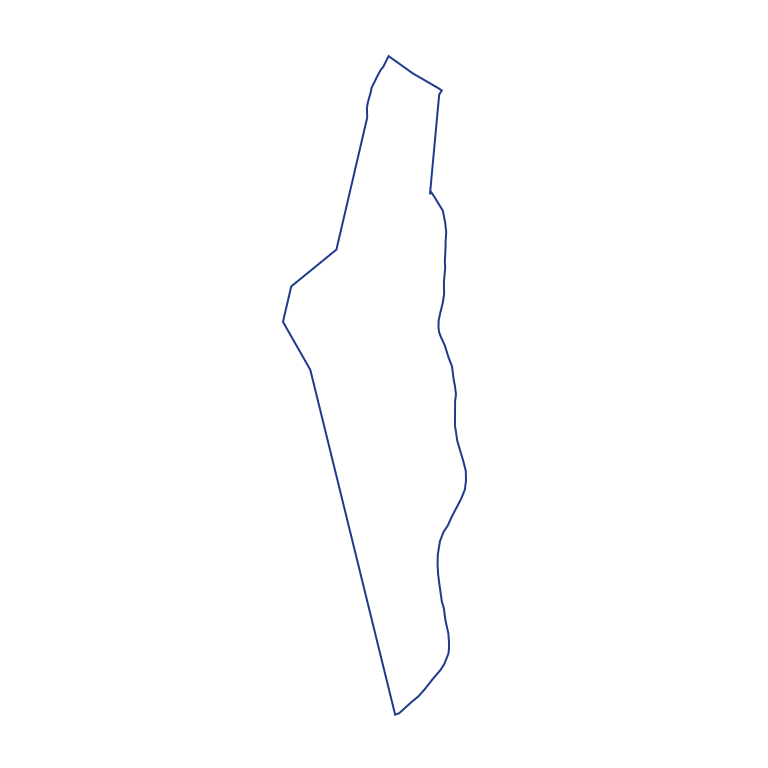 the district of New Village, Castries, Saint Lucia, rotated 100°
{"feature_id": "8701671B14881348545468", "entity_name": "New Village", "entity_type": "district", "adm_level": 2, "iso_a3": "LCA", "parent_name": "Saint Lucia", "parent_adm1": "Castries", "projection": "albers", "projection_center": [-60.985, 14.011], "detail": "fine", "context": "isolated", "style": "outline", "palette": "blue", "viewbox_px": 768, "rotation_deg": 100, "n_neighbors": 0, "source": "geoboundaries", "source_scale": "gbopen_adm2", "svg_char_len": 1175}
<svg xmlns="http://www.w3.org/2000/svg" viewBox="0 0 768 768"><g transform="rotate(100 384 384)"><path d="M707.7,315.6L705.6,311.9L692.2,301.5L685.3,295.6L677.7,291.0L666.3,284.9L655.6,278.6L649.3,276.0L638.1,273.7L632.8,274.1L626.3,275.3L618.5,277.3L606.5,282.3L594.6,286.1L588.1,289.3L570.3,295.1L561.8,297.7L552.5,299.9L542.7,301.4L529.2,301.6L519.5,299.7L512.0,296.5L503.6,294.4L493.4,291.2L483.7,288.1L473.9,286.0L464.8,286.5L455.6,288.3L446.4,292.4L439.4,295.9L427.2,302.0L418.4,304.9L412.8,306.9L399.1,309.2L388.7,311.0L381.8,311.3L373.6,313.8L367.7,316.1L354.8,320.1L346.2,325.3L335.3,330.9L327.9,336.1L323.3,338.8L318.7,340.2L312.0,341.2L305.0,341.0L294.2,340.2L285.2,340.4L278.7,341.6L272.7,342.8L266.7,343.2L258.5,344.0L252.5,345.4L245.2,346.3L236.8,347.4L233.6,348.0L223.5,349.1L221.6,349.7L214.7,351.7L210.6,353.3L203.2,356.1L198.3,360.4L196.2,362.3L190.6,367.2L186.6,371.1L189.2,371.7L89.4,379.9L84.9,378.1L83.4,381.4L73.1,409.6L60.3,436.4L72.0,439.9L75.0,441.7L81.5,443.9L89.5,446.2L94.6,447.7L98.3,447.7L109.5,448.8L114.9,448.8L124.6,446.8L259.9,454.2L304.0,492.3L340.3,494.3L382.9,459.0L707.7,315.6Z" fill="none" stroke="#1e3a8a" stroke-width="2"/></g></svg>